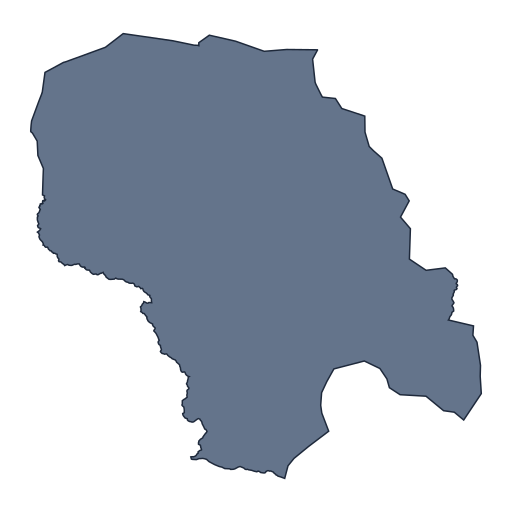 the district of Delu'un, Bayan-Ölgiy, Mongolia
{"feature_id": "93677404B55197094733289", "entity_name": "Delu'un", "entity_type": "district", "adm_level": 2, "iso_a3": "MNG", "parent_name": "Mongolia", "parent_adm1": "Bayan-Ölgiy", "projection": "equal_earth", "projection_center": [90.333, 47.743], "detail": "fine", "context": "isolated", "style": "filled", "palette": "slate", "viewbox_px": 512, "rotation_deg": 0, "n_neighbors": 0, "source": "geoboundaries", "source_scale": "gbopen_adm2", "svg_char_len": 5930}
<svg xmlns="http://www.w3.org/2000/svg" viewBox="0 0 512 512"><path d="M42.5,194.9L44.5,195.9L44.2,197.0L44.2,197.7L44.7,198.9L45.6,199.8L44.8,200.7L44.2,201.0L43.9,200.3L42.8,200.7L42.5,202.1L42.9,203.5L42.1,203.9L41.3,203.6L40.4,204.0L40.6,204.4L40.2,205.0L39.7,205.3L39.8,206.4L39.5,206.8L38.9,207.2L39.4,208.1L39.5,208.5L40.3,209.3L40.3,209.6L39.8,210.2L39.4,211.7L39.1,212.1L38.8,212.8L37.6,213.8L37.3,214.5L37.5,215.1L38.1,215.9L37.8,216.4L37.5,216.8L37.5,217.4L37.3,217.8L37.5,218.1L37.3,218.8L37.4,219.9L37.6,220.8L38.0,221.4L37.9,221.8L38.8,223.8L38.5,224.5L37.6,225.4L37.6,225.8L37.9,226.8L38.3,227.6L40.2,228.4L40.7,228.8L39.4,230.6L37.4,232.1L38.5,233.0L39.5,235.0L39.0,236.4L39.0,236.9L39.8,239.0L40.6,240.0L42.5,241.9L42.6,242.4L43.3,243.6L43.3,244.3L43.0,245.0L43.8,245.2L44.5,245.8L44.8,246.5L45.6,247.2L47.6,247.2L48.5,249.2L49.8,250.3L50.0,250.7L51.2,250.9L51.8,251.9L53.0,252.5L53.1,253.0L53.4,253.3L54.8,253.2L55.8,253.9L57.1,254.2L57.2,254.4L57.2,256.3L57.7,257.7L58.8,258.9L58.8,260.1L58.5,260.8L59.1,261.7L60.8,261.9L62.4,263.4L64.0,264.5L64.7,265.6L66.1,264.9L67.7,264.5L68.9,265.2L70.8,265.4L71.8,265.4L74.4,264.3L75.8,264.4L77.4,263.9L79.2,263.9L79.4,264.0L79.6,264.6L80.4,265.9L81.1,266.5L81.7,266.7L82.2,267.1L83.1,267.0L83.8,267.2L84.1,267.0L84.4,267.0L85.1,267.4L84.8,268.3L85.5,268.7L85.6,269.0L86.3,269.7L87.1,270.0L89.5,270.2L90.4,272.0L91.8,273.3L93.3,274.3L95.9,274.0L96.4,274.1L97.0,274.7L98.1,274.7L100.5,273.3L101.1,273.3L103.1,272.4L103.2,272.8L104.0,274.2L104.9,274.9L105.1,275.4L105.7,276.0L106.1,277.1L109.0,279.3L110.8,279.4L114.3,279.1L115.8,278.1L116.9,278.8L118.1,279.1L122.3,279.2L123.6,279.7L124.3,280.3L124.9,281.0L125.7,281.5L126.1,281.9L128.0,282.3L129.1,283.1L131.4,283.3L132.7,283.1L133.9,283.7L134.3,284.2L134.6,284.8L134.8,285.9L136.7,286.8L137.5,286.7L138.7,286.4L140.3,287.8L140.8,288.7L142.1,288.4L142.4,288.4L142.9,289.0L143.2,290.2L143.9,291.4L145.2,292.4L146.0,292.8L147.1,293.7L147.6,294.6L147.9,294.8L149.8,295.4L149.6,295.8L149.9,296.9L150.4,297.7L151.1,298.3L151.4,298.8L151.4,300.8L151.7,302.7L148.9,302.5L148.0,303.1L147.0,303.2L145.2,302.1L143.8,301.6L143.4,303.2L142.3,304.2L141.7,305.7L141.1,306.4L140.5,306.7L140.5,307.3L141.0,308.5L141.0,310.9L140.7,311.6L142.2,312.5L142.9,313.4L143.9,313.5L144.3,313.6L145.4,315.2L147.0,317.1L146.8,317.5L146.8,317.8L147.1,319.1L147.4,319.4L147.8,320.5L148.5,321.5L150.2,322.8L152.6,324.0L152.6,324.9L153.3,326.3L155.0,327.7L155.1,328.7L154.1,330.1L153.8,330.9L155.5,332.7L156.2,333.7L158.1,337.4L158.7,339.3L159.2,340.3L158.3,341.5L158.1,342.2L158.6,343.9L159.3,344.7L160.4,345.4L160.5,346.8L161.4,349.4L161.3,350.0L160.4,351.4L160.6,351.9L162.0,353.4L163.7,353.8L164.5,354.2L166.4,353.9L167.1,354.3L167.7,355.3L169.5,356.8L171.4,357.9L172.1,358.7L175.3,360.0L176.2,361.2L176.6,362.2L179.5,364.7L179.8,366.3L180.4,367.7L180.6,369.7L181.1,371.0L181.5,371.7L182.2,372.1L182.8,372.2L184.2,371.9L184.7,372.0L185.1,372.6L185.6,374.0L186.4,375.1L187.9,376.2L189.1,376.6L188.6,376.9L188.2,377.5L188.1,378.9L187.6,380.4L187.4,382.0L186.5,383.7L186.6,384.1L187.4,385.2L187.5,386.2L188.8,387.8L188.9,388.3L188.6,389.0L187.3,390.0L186.9,391.0L187.3,393.1L186.9,394.8L186.9,395.8L187.2,397.1L185.1,398.8L183.8,399.5L182.3,400.7L182.3,404.1L181.9,405.0L182.6,406.0L183.8,407.0L184.1,408.5L184.3,410.3L184.2,411.3L184.3,412.5L183.7,413.1L182.7,413.5L182.9,414.8L183.4,415.8L185.1,418.0L187.3,418.7L187.4,419.9L188.3,420.9L189.9,421.6L190.9,421.7L192.0,422.1L193.0,422.0L193.7,421.8L197.6,418.9L198.5,418.6L200.1,419.3L200.3,420.1L201.3,421.1L201.8,422.0L202.2,423.8L203.8,426.9L204.7,428.9L205.0,429.2L205.8,429.4L207.0,431.3L206.9,431.6L206.2,432.9L205.7,433.1L203.2,436.6L203.0,436.9L202.8,437.8L200.4,439.3L198.8,441.1L198.8,441.8L198.5,442.6L198.5,444.2L199.3,444.7L200.0,444.9L200.5,445.6L200.8,447.5L201.5,449.4L201.5,449.9L199.6,450.6L198.0,452.0L198.2,453.1L196.9,454.1L196.2,455.4L195.3,456.1L193.4,456.8L192.1,456.7L190.8,456.9L191.4,459.1L192.5,459.4L196.4,459.6L199.1,458.6L200.4,458.6L202.7,458.4L204.8,458.8L206.6,459.4L209.0,461.6L214.6,464.6L219.2,466.5L221.9,467.1L224.8,468.6L229.8,468.8L230.5,469.4L233.1,469.3L234.8,468.9L238.3,467.0L240.1,466.5L243.8,468.0L245.1,469.2L246.1,469.5L247.6,469.3L248.6,469.8L251.6,470.3L254.2,471.2L256.9,471.8L257.6,471.3L258.6,471.2L259.8,471.8L260.6,472.5L263.2,472.9L264.7,472.9L265.5,472.5L266.0,471.5L267.6,470.7L268.5,470.7L269.5,471.1L270.8,471.0L273.5,472.2L274.2,473.3L275.6,474.2L276.1,475.0L277.1,475.3L277.9,476.1L280.6,476.9L284.7,478.4L288.0,465.8L294.0,458.4L308.4,446.6L328.7,431.2L321.8,413.1L320.7,405.3L321.6,392.7L326.8,381.6L333.9,368.9L364.3,361.0L379.9,368.5L386.9,378.9L389.4,387.7L400.1,394.7L426.0,396.2L443.6,410.7L454.3,412.2L463.7,420.0L481.3,393.6L480.2,376.3L480.5,365.4L477.0,342.2L472.9,335.3L473.5,325.9L448.4,320.0L449.0,319.2L449.9,316.6L451.1,315.2L451.6,314.2L451.9,312.4L453.7,311.0L453.6,309.5L453.4,308.1L452.7,306.8L452.1,306.1L452.1,305.4L453.8,303.2L453.9,302.4L453.4,301.8L453.3,301.4L451.9,299.3L451.9,297.7L453.2,295.6L453.4,294.9L453.1,294.2L454.3,291.8L454.2,290.4L454.6,290.1L455.9,289.7L456.6,289.3L457.0,288.4L456.5,287.9L456.4,287.2L456.9,286.3L457.5,285.9L457.6,285.2L457.3,284.6L456.3,283.9L456.2,283.3L457.1,282.0L457.4,280.9L457.1,279.7L456.2,279.0L455.5,278.8L454.5,278.8L452.8,276.1L452.8,275.3L452.4,274.2L445.3,267.9L426.1,270.3L409.4,259.1L410.4,228.7L400.5,217.1L409.2,200.9L405.1,194.3L392.7,189.0L381.9,158.2L373.4,150.7L369.2,146.5L365.0,132.1L364.8,116.1L341.8,108.5L335.4,98.5L322.4,97.1L320.9,94.4L315.8,84.1L315.1,82.2L312.6,59.1L317.5,50.0L317.4,49.8L286.6,49.5L264.2,51.3L235.6,41.2L209.3,35.2L198.8,42.7L198.8,45.7L197.7,45.3L194.2,45.2L173.0,40.8L123.2,33.6L105.4,47.3L65.4,61.9L63.5,62.4L45.0,72.4L42.2,92.7L42.0,92.8L41.7,93.9L38.6,101.9L31.6,120.9L31.1,125.2L30.7,131.1L30.9,131.8L32.4,133.0L37.2,141.1L37.9,155.5L43.4,168.5L43.1,176.0L42.5,194.9Z" fill="#64748b" stroke="#1e293b" stroke-width="1.5"/></svg>